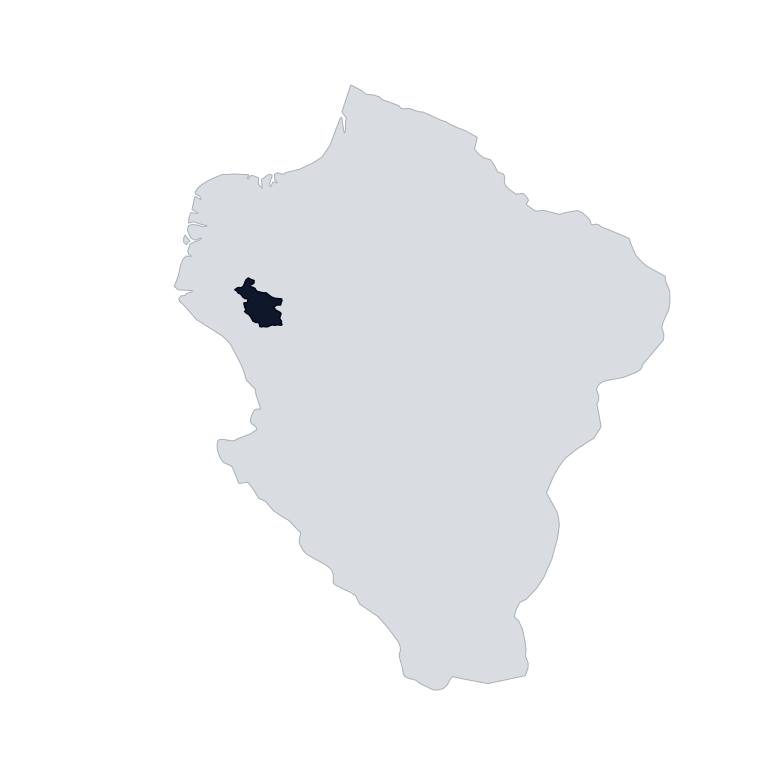 location of Ebonyi within Nigeria, rotated 111°
{"feature_id": "NGA-2863", "entity_name": "Ebonyi", "entity_type": "State", "adm_level": 1, "iso_a3": "NGA", "parent_name": "Nigeria", "parent_adm1": "", "projection": "robinson", "projection_center": [8.009, 6.241], "detail": "fine", "context": "in_parent", "style": "filled", "palette": "ink", "viewbox_px": 768, "rotation_deg": 111, "n_neighbors": 0, "source": "natural_earth", "source_scale": "10m", "svg_char_len": 4914}
<svg xmlns="http://www.w3.org/2000/svg" viewBox="0 0 768 768"><g transform="rotate(111 384 384)"><path d="M605.7,147.6L626.4,179.6L630.8,203.3L632.6,215.0L636.0,216.4L642.4,217.1L647.0,219.4L649.8,223.3L651.6,226.9L651.9,229.1L650.7,243.3L649.1,248.5L650.0,255.5L649.8,258.5L649.1,260.6L646.3,262.9L642.4,265.2L633.1,272.0L630.5,273.0L626.6,273.2L623.2,274.9L619.3,278.6L610.7,292.2L603.4,305.9L598.1,328.0L591.6,334.9L590.5,341.1L589.5,354.9L588.5,359.0L587.5,360.3L580.5,362.9L576.4,366.1L574.0,372.3L571.0,393.6L569.9,397.1L567.6,400.8L564.1,404.8L561.0,407.0L552.9,408.5L545.3,424.5L545.2,427.3L541.9,441.8L536.0,452.8L535.6,459.9L528.3,469.5L524.5,476.1L528.4,482.9L528.7,484.0L516.1,495.6L515.3,497.4L514.8,505.4L513.8,507.6L511.5,510.5L508.1,513.8L504.6,516.3L500.7,518.0L496.9,518.7L494.8,517.7L493.6,515.2L491.5,505.4L490.4,503.3L487.9,501.4L478.2,490.6L472.3,486.7L471.0,487.0L470.0,488.1L468.4,493.5L466.7,495.5L463.6,496.2L458.2,496.3L454.2,495.5L453.4,494.4L451.5,490.2L439.3,500.0L435.1,502.2L429.7,513.9L422.1,519.7L416.8,524.7L402.7,540.6L399.9,545.2L397.1,552.2L391.1,582.0L381.4,600.6L380.1,604.6L379.5,604.5L378.2,606.2L374.5,605.1L372.8,601.6L370.4,601.0L366.4,596.0L365.6,596.8L369.8,609.7L368.2,614.7L356.3,614.8L346.0,616.5L339.0,616.3L335.5,614.5L333.9,609.7L333.3,610.2L332.9,612.8L330.7,614.8L322.8,615.2L319.3,611.9L316.4,608.2L313.4,606.6L313.9,608.1L317.4,611.7L316.9,616.9L310.6,622.9L306.5,623.2L304.0,620.6L302.7,616.4L302.1,610.2L300.4,606.2L299.5,606.2L300.6,612.9L300.6,619.2L303.7,624.1L299.0,625.6L293.4,625.8L292.7,624.0L292.0,619.9L291.0,618.9L289.9,625.7L278.4,627.6L276.8,627.4L276.4,626.1L277.3,624.2L277.1,621.1L274.6,623.5L274.2,628.2L272.7,629.0L268.4,628.3L263.6,625.9L255.8,619.9L246.3,610.1L244.8,605.7L242.1,600.3L237.2,585.5L238.1,584.8L240.3,585.6L241.3,584.2L237.4,583.2L236.6,582.1L236.3,578.9L236.5,574.9L242.5,572.8L243.9,570.3L244.7,567.9L237.3,571.6L230.4,567.4L228.9,564.9L229.6,562.9L237.7,562.8L240.5,560.9L238.8,560.2L235.7,560.3L234.6,559.0L234.7,556.0L233.7,556.6L232.4,559.3L227.7,561.3L225.0,559.3L224.7,554.9L224.1,552.9L221.8,551.4L213.7,539.7L203.5,529.9L194.4,523.2L180.7,520.0L151.9,520.2L150.3,519.2L152.0,517.7L154.6,516.7L163.8,511.2L162.3,510.5L152.7,513.9L149.4,514.2L145.1,520.8L116.8,522.2L116.9,519.2L118.1,510.6L119.9,504.7L118.0,497.5L117.5,491.0L118.7,489.0L119.1,486.5L118.9,469.8L120.4,467.3L120.5,465.6L117.5,458.5L117.6,453.0L117.1,447.8L116.1,445.4L117.3,425.0L116.9,419.9L117.9,416.3L118.4,407.5L118.3,398.9L120.3,385.4L132.4,383.6L135.4,378.2L137.1,371.5L136.5,364.8L140.5,359.0L145.3,353.8L145.1,348.1L146.4,346.3L148.7,345.0L151.9,344.3L155.5,341.5L157.5,336.5L159.5,328.6L156.5,323.1L156.5,321.8L157.7,318.9L159.6,315.9L161.1,314.9L164.7,315.7L165.8,314.5L168.1,305.8L167.9,303.4L164.7,297.5L162.9,281.6L162.0,279.6L159.4,276.7L152.7,265.5L152.9,260.2L155.7,253.4L157.6,250.1L160.2,248.3L160.7,246.8L160.0,244.9L158.7,243.4L158.4,240.4L159.7,236.2L159.4,231.5L160.1,207.6L165.6,202.9L173.6,195.1L177.7,186.9L179.9,180.7L182.7,160.2L186.9,158.0L195.0,150.5L205.9,146.1L213.0,144.8L225.4,145.6L231.7,144.9L237.0,140.8L239.5,139.7L242.9,139.0L273.8,149.7L276.6,149.2L279.0,149.9L282.8,152.7L291.9,162.7L301.5,178.1L304.5,181.4L307.5,183.2L310.5,183.8L312.8,183.6L315.0,182.1L318.0,179.2L322.6,177.8L326.3,178.1L345.6,166.3L347.4,166.2L359.3,168.7L375.4,180.5L388.6,188.3L397.9,190.9L408.8,192.7L427.4,193.2L441.4,176.7L446.5,173.0L452.8,169.8L465.8,166.7L487.4,164.6L507.7,165.5L520.3,168.4L533.6,173.8L539.3,179.0L548.3,179.8L554.8,178.8L556.8,173.6L563.3,166.9L573.0,160.6L580.8,156.3L587.3,154.3L593.1,149.3L597.7,147.7L605.7,147.6ZM323.5,621.8L319.2,623.4L316.3,623.0L320.2,616.2L322.2,617.7L324.7,618.3L323.5,621.8Z" fill="#d9dde1" stroke="#a8b0b8" stroke-width="1"/><path d="M368.2,506.5L368.8,509.4L370.5,511.6L371.1,512.1L371.7,512.5L372.1,513.0L372.2,513.6L373.0,514.6L373.2,516.2L373.7,517.6L374.6,518.9L374.8,520.5L372.0,522.3L371.6,524.0L372.5,525.5L372.1,529.0L369.6,531.9L368.5,533.4L367.7,534.9L366.9,538.8L366.1,540.1L364.8,539.5L363.6,539.5L363.0,540.6L362.3,541.5L360.2,542.7L359.4,543.5L358.3,543.6L357.4,541.3L355.7,540.8L353.9,541.4L353.4,542.7L354.1,544.3L353.5,546.6L351.9,549.3L351.3,550.0L351.2,551.2L351.4,552.4L350.8,553.4L350.1,554.4L349.7,555.6L349.5,556.9L347.9,556.2L346.4,554.9L345.7,553.3L345.3,551.6L342.9,550.3L336.4,550.2L333.7,548.7L334.1,545.4L334.0,542.4L336.3,541.6L337.4,542.3L338.4,543.0L340.0,544.7L341.2,544.0L340.7,541.3L341.0,538.8L342.1,537.4L343.0,535.9L342.9,534.3L342.6,532.7L342.5,531.2L342.0,529.0L341.9,528.4L341.1,527.0L343.1,520.2L343.1,516.6L341.3,510.1L342.8,509.1L344.3,509.2L347.3,508.9L348.7,512.4L351.8,514.5L353.8,511.5L354.3,507.2L355.0,505.5L356.9,505.2L358.6,505.2L360.4,504.7L362.1,502.2L363.1,502.0L364.1,502.0L364.6,501.2L364.8,500.6L365.7,500.7L366.2,501.5L366.6,503.5L367.1,505.2L368.2,506.5Z" fill="#0f172a" stroke="#020617" stroke-width="1.5"/></g></svg>